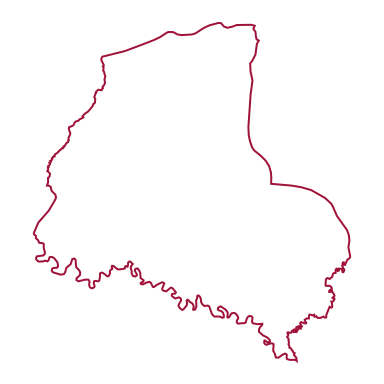 Nong Hi, Roi Et, Thailand
{"feature_id": "78962969B92909232830049", "entity_name": "Nong Hi", "entity_type": "district", "adm_level": 2, "iso_a3": "THA", "parent_name": "Thailand", "parent_adm1": "Roi Et", "projection": "albers", "projection_center": [104.018, 15.58], "detail": "fine", "context": "isolated", "style": "outline", "palette": "rose", "viewbox_px": 384, "rotation_deg": 0, "n_neighbors": 0, "source": "geoboundaries", "source_scale": "gbopen_adm2", "svg_char_len": 5932}
<svg xmlns="http://www.w3.org/2000/svg" viewBox="0 0 384 384"><path d="M350.2,256.4L348.4,247.1L349.4,240.6L348.8,234.9L346.9,229.9L336.9,215.9L332.6,206.0L331.1,203.6L325.1,198.0L311.0,190.0L300.7,187.1L291.6,185.6L271.1,183.8L271.3,177.8L270.9,172.3L269.1,166.1L265.6,160.6L260.8,155.8L254.4,150.6L252.1,147.4L250.0,141.2L248.8,135.6L248.4,127.0L250.6,94.3L252.5,80.7L250.5,71.0L250.2,63.4L252.1,61.0L255.4,54.8L256.9,43.9L258.8,40.5L256.6,39.4L255.8,35.9L255.5,31.9L253.4,28.9L254.7,25.7L251.1,24.8L236.9,25.0L232.5,26.6L227.5,27.8L223.9,26.5L221.1,23.2L218.2,23.0L209.5,25.3L203.7,28.0L195.4,33.4L191.7,34.5L181.5,35.1L177.7,34.5L173.2,32.1L168.7,32.0L167.3,32.4L159.9,37.2L154.0,40.0L140.8,45.1L124.8,51.1L102.3,56.7L101.5,58.2L101.3,60.1L103.7,64.8L103.7,65.8L102.8,66.4L103.6,67.7L103.2,70.6L104.3,72.3L104.6,74.6L105.4,76.1L104.5,79.2L105.0,83.2L103.8,85.5L102.5,86.8L103.0,88.1L101.9,89.3L101.7,90.2L98.3,89.7L95.8,92.1L96.2,92.8L95.4,93.9L94.3,97.4L95.3,98.9L94.9,102.7L94.5,103.4L93.4,103.8L92.6,106.1L90.8,108.4L88.2,111.4L84.8,113.8L82.5,116.3L83.3,117.5L79.3,119.5L78.4,120.8L75.7,121.5L74.6,122.5L73.8,124.7L72.9,125.6L69.0,127.3L68.9,128.8L69.6,131.8L70.3,133.0L70.1,134.6L68.8,137.0L68.4,139.4L68.8,140.3L68.1,141.0L68.0,142.2L66.5,143.0L64.3,146.5L63.5,146.4L63.5,147.5L62.9,148.3L62.1,148.1L60.9,149.5L59.3,150.5L59.2,151.1L58.1,151.8L57.9,152.5L55.3,154.1L54.0,155.9L54.6,155.9L54.7,156.3L53.0,156.9L52.8,157.7L51.9,158.1L52.2,159.2L51.7,160.1L50.2,160.9L50.9,161.7L50.4,162.7L49.4,162.8L50.0,163.9L49.4,165.1L48.2,166.0L48.8,166.9L47.8,167.6L48.3,169.4L47.3,171.1L49.0,172.4L50.1,173.9L49.3,176.9L48.0,178.0L48.1,182.2L47.0,185.6L48.5,185.5L50.6,186.7L51.7,191.0L55.4,194.7L56.0,197.7L54.9,200.3L48.7,210.7L38.3,222.6L33.8,233.1L34.1,234.4L35.9,235.9L35.9,238.2L38.0,240.1L39.2,242.8L42.8,243.2L43.8,244.0L43.7,247.7L45.0,252.7L44.7,254.1L43.1,255.5L36.8,256.4L36.0,258.1L36.3,259.4L37.8,261.1L39.0,261.6L43.2,261.4L44.9,260.7L47.5,261.3L48.6,260.3L49.5,257.4L50.3,256.9L52.0,257.0L54.0,258.0L57.5,262.4L58.1,266.0L57.1,267.7L53.3,268.0L52.1,268.9L51.8,270.8L52.4,271.8L53.5,272.5L60.7,274.7L64.0,274.0L65.1,272.4L66.3,267.9L70.6,264.2L72.4,259.0L74.2,258.5L75.6,259.8L76.1,267.0L79.4,270.6L80.2,272.6L79.9,275.2L76.5,278.3L76.5,280.1L78.6,281.3L84.7,279.7L88.3,279.6L89.6,281.7L89.1,284.5L89.7,287.0L91.1,288.1L92.6,288.1L94.0,287.4L94.6,286.3L93.7,282.7L94.2,281.2L94.9,280.9L98.3,281.3L99.3,280.6L100.0,276.5L100.0,273.6L100.6,272.9L102.3,272.6L105.6,274.8L106.8,276.1L108.5,276.3L110.0,273.6L109.8,271.1L110.8,269.8L112.3,268.9L111.7,266.6L112.1,265.8L113.7,266.1L117.2,269.0L118.8,269.5L124.2,268.7L124.9,268.2L124.9,266.9L125.4,266.3L126.4,266.1L126.6,266.6L127.5,266.7L128.1,265.0L128.1,262.6L129.0,261.7L130.2,261.5L132.8,264.0L131.1,266.2L130.7,268.2L131.8,271.3L131.6,273.4L133.1,276.1L135.4,276.5L136.9,275.2L136.8,274.2L134.9,270.9L135.3,269.0L137.4,268.4L138.8,269.9L140.2,272.7L140.6,278.1L143.6,280.3L143.3,281.6L140.8,282.8L140.7,283.5L141.4,284.3L143.1,284.3L146.9,282.4L149.6,281.9L150.8,282.7L152.8,286.8L153.8,287.1L156.9,284.8L162.0,282.3L163.9,282.9L164.3,283.6L162.2,288.4L162.4,289.8L163.7,290.8L166.3,291.3L170.7,287.7L171.8,287.8L172.9,288.6L175.9,292.4L175.2,293.5L172.1,294.0L171.7,295.5L172.2,296.3L175.3,298.5L178.9,297.3L180.8,298.5L181.1,300.5L178.9,304.3L178.5,305.9L179.7,307.9L181.7,309.7L182.7,309.8L183.6,309.2L186.7,305.4L187.1,303.5L186.6,300.7L187.5,299.7L188.3,300.1L189.8,301.9L192.4,303.5L193.3,305.1L193.7,306.9L193.1,309.5L193.9,309.9L195.3,309.3L196.4,306.3L196.1,300.3L197.2,298.2L197.2,296.0L198.4,295.4L199.6,296.4L200.8,298.4L201.1,302.0L202.2,304.0L204.3,306.0L207.7,305.6L209.2,306.4L212.0,314.2L214.2,316.5L219.7,316.5L222.4,317.8L223.7,317.3L223.9,315.5L222.9,312.5L221.4,311.2L218.3,310.1L217.8,309.3L218.2,307.6L220.6,306.3L225.6,309.7L227.2,311.6L227.8,313.3L227.3,316.8L227.6,317.5L228.5,317.5L229.4,316.8L231.5,313.4L233.8,312.9L235.7,313.6L237.2,315.4L238.2,317.6L238.0,319.0L237.1,320.1L236.7,321.7L237.0,322.8L238.1,323.6L245.1,323.0L245.8,322.2L246.6,319.1L247.8,317.0L249.5,315.9L251.9,316.5L252.5,317.8L252.0,321.9L252.9,323.3L257.6,324.2L262.3,323.8L262.3,324.6L260.0,327.3L259.0,329.3L259.0,331.8L263.0,335.4L267.1,337.4L269.6,339.8L269.9,341.5L268.4,342.3L267.3,342.2L264.8,340.4L264.3,340.7L264.2,342.9L265.1,344.2L266.7,344.8L269.7,343.6L272.1,343.3L273.6,344.2L273.2,350.7L274.8,353.7L275.8,357.4L278.4,357.7L282.7,354.6L285.2,353.6L286.4,354.2L286.8,354.9L286.6,358.1L287.1,359.1L290.0,359.9L295.2,359.8L296.7,361.0L296.3,357.6L294.0,355.1L294.7,353.2L293.4,352.7L292.9,351.1L291.7,350.1L291.3,348.7L289.3,347.6L289.4,345.9L288.5,344.4L289.0,342.4L288.5,340.9L288.8,339.4L287.1,336.9L288.3,335.7L287.4,332.8L288.0,332.3L288.7,333.2L289.8,332.7L291.2,332.7L292.0,330.9L293.5,332.0L293.9,331.3L293.7,329.7L294.6,329.4L295.5,329.9L295.4,332.0L296.5,332.1L297.7,330.1L296.2,328.4L296.3,327.3L297.7,326.7L298.5,327.4L298.9,328.6L300.7,328.6L299.4,326.1L300.1,326.0L301.3,327.1L301.9,326.5L300.1,323.5L300.4,322.6L301.0,322.2L302.7,322.5L304.0,323.4L306.1,323.3L306.2,322.6L304.8,320.8L304.7,319.7L306.9,318.4L308.9,318.5L309.1,315.2L309.9,314.5L312.8,315.4L314.1,314.7L314.6,316.8L316.3,316.2L317.5,317.8L320.1,318.0L323.3,316.6L324.7,317.6L326.2,317.4L326.3,314.9L329.6,306.8L331.2,307.7L332.3,306.8L331.9,303.0L331.3,301.6L333.1,301.5L334.5,299.3L334.4,298.6L332.8,298.3L332.5,297.7L334.2,296.4L334.5,295.6L333.5,293.4L332.6,292.6L332.1,290.8L330.2,292.0L329.1,291.8L329.3,290.7L331.8,288.8L331.8,288.0L331.1,286.9L329.6,285.8L326.3,285.9L325.5,285.5L325.9,279.5L326.9,278.3L327.7,278.0L329.6,279.0L332.2,276.9L333.0,273.8L333.8,273.1L335.6,272.9L335.6,270.0L336.5,268.6L337.2,268.8L337.1,270.5L337.9,271.1L339.0,270.4L339.2,268.6L341.6,268.9L342.1,269.6L342.4,271.9L343.4,272.2L344.4,270.0L342.2,266.1L342.8,262.6L343.7,262.3L344.2,264.9L345.1,264.9L347.3,259.8L349.8,257.9L350.2,256.4Z" fill="none" stroke="#9f1239" stroke-width="2"/></svg>